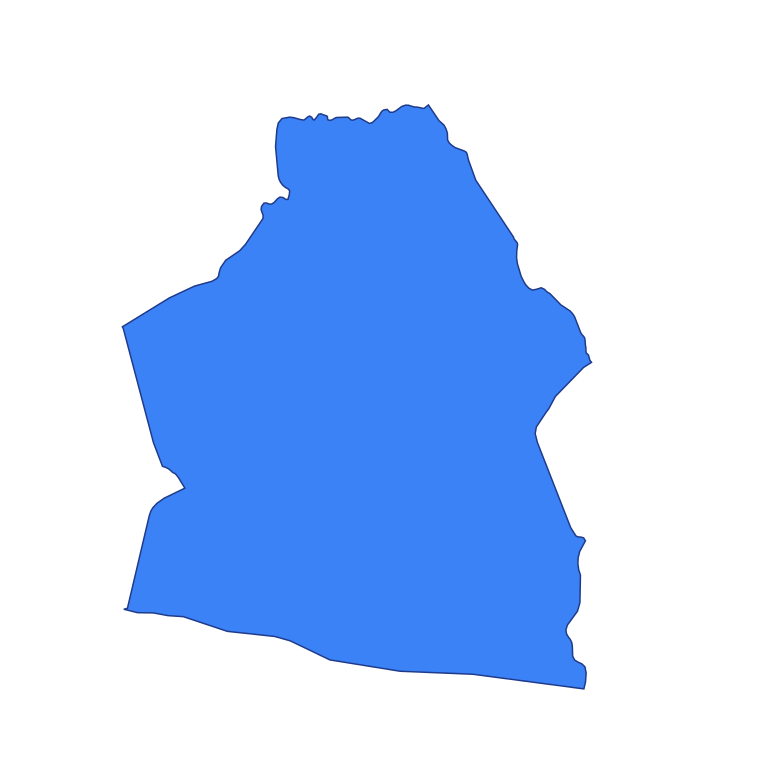 the Department of Alibori, rotated 14°
{"feature_id": "BEN-2170", "entity_name": "Alibori", "entity_type": "Department", "adm_level": 1, "iso_a3": "BEN", "parent_name": "Benin", "parent_adm1": "", "projection": "orthographic", "projection_center": [2.909, 11.459], "detail": "fine", "context": "isolated", "style": "filled", "palette": "blue", "viewbox_px": 768, "rotation_deg": 14, "n_neighbors": 0, "source": "natural_earth", "source_scale": "10m", "svg_char_len": 2522}
<svg xmlns="http://www.w3.org/2000/svg" viewBox="0 0 768 768"><g transform="rotate(14 384 384)"><path d="M580.1,312.8L573.6,319.7L553.3,354.6L549.9,368.1L548.0,372.6L542.2,388.8L542.7,395.6L547.1,403.8L599.9,478.2L607.0,485.0L609.4,485.4L612.2,484.9L612.6,484.9L614.9,485.0L617.4,487.4L614.4,499.1L614.4,505.5L615.6,511.5L617.8,517.0L620.9,522.1L627.0,548.8L626.7,557.7L620.3,573.4L620.0,578.6L621.5,582.2L623.9,584.7L626.5,586.8L628.7,589.4L630.1,592.6L632.9,602.4L635.7,605.7L639.5,606.9L643.7,607.7L647.4,609.8L650.1,615.6L651.6,624.3L651.7,631.5L540.1,644.2L469.3,658.8L398.2,664.8L355.2,655.9L339.1,655.4L291.9,661.9L245.5,658.3L230.5,661.0L215.6,661.9L200.2,665.5L186.0,665.5L189.3,663.7L188.1,568.3L188.6,563.4L189.7,559.8L192.7,554.5L198.5,547.8L216.0,533.2L206.5,523.9L203.1,521.5L202.3,521.3L200.9,521.1L199.5,520.5L198.0,519.6L195.4,518.4L191.8,517.6L189.0,517.5L174.5,496.7L117.7,393.4L116.3,391.8L155.0,352.3L176.5,334.8L192.2,326.0L196.3,322.0L197.4,319.2L197.1,315.9L197.3,310.7L200.5,302.2L211.8,289.5L215.9,281.8L226.5,252.8L226.0,249.8L222.6,244.6L222.2,241.3L223.8,237.5L226.3,236.8L229.1,237.2L231.6,236.5L233.6,234.2L235.9,229.9L237.9,227.8L240.9,227.5L243.9,228.6L246.1,228.2L246.3,223.0L245.7,219.3L243.8,217.9L241.0,217.2L237.9,215.8L234.8,213.3L232.8,210.9L231.1,207.9L221.3,179.8L218.5,163.1L218.3,156.3L220.8,151.1L227.9,147.9L231.9,147.4L238.7,147.6L242.4,147.3L243.1,146.5L245.5,143.2L247.0,142.0L249.2,142.6L250.9,144.3L252.4,144.8L254.0,141.7L255.4,138.0L257.4,137.1L260.2,137.5L263.6,137.7L264.5,138.4L264.9,140.0L265.8,141.3L268.0,141.2L269.7,140.2L272.4,137.6L273.7,136.8L284.1,133.9L285.2,134.1L287.7,135.6L289.2,135.8L291.0,134.9L294.5,132.3L296.5,131.9L306.8,134.7L309.5,133.1L313.6,126.6L314.5,124.3L315.1,122.0L316.0,119.8L317.5,118.1L320.7,116.8L323.8,118.9L326.9,118.2L329.5,116.0L334.2,110.3L337.5,108.2L340.3,107.6L346.2,107.9L349.2,107.3L356.1,107.0L359.6,102.5L373.6,115.1L379.6,118.3L382.5,121.5L384.8,125.2L386.7,131.9L389.1,134.4L392.3,136.1L395.7,137.4L405.5,138.5L407.9,139.3L409.0,140.8L411.9,146.4L423.7,164.0L474.1,210.1L475.0,211.7L479.0,214.7L479.9,216.3L480.6,222.7L482.1,229.5L484.3,234.9L491.0,246.3L495.1,251.1L497.6,253.5L501.2,255.9L505.3,257.0L509.2,255.1L513.3,252.6L516.8,253.3L519.9,255.2L523.2,256.2L536.4,264.4L547.1,268.2L550.4,270.5L552.7,272.7L562.6,286.8L564.6,288.5L566.2,289.5L567.5,290.7L568.6,293.1L570.1,297.8L571.2,300.1L571.8,302.8L572.8,305.0L575.3,306.4L578.0,311.1L580.1,312.8Z" fill="#3b82f6" stroke="#1e3a8a" stroke-width="1.5"/></g></svg>